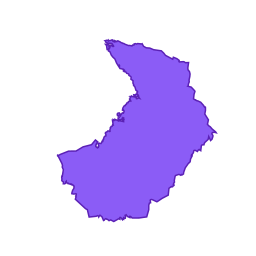 the district of Halden nor, Østfold, Norway, rotated 69°
{"feature_id": "86288312B70342807980905", "entity_name": "Halden nor", "entity_type": "district", "adm_level": 2, "iso_a3": "NOR", "parent_name": "Norway", "parent_adm1": "Østfold", "projection": "equal_earth", "projection_center": [11.486, 59.068], "detail": "fine", "context": "isolated", "style": "filled", "palette": "violet", "viewbox_px": 256, "rotation_deg": 69, "n_neighbors": 0, "source": "geoboundaries", "source_scale": "gbopen_adm2", "svg_char_len": 5877}
<svg xmlns="http://www.w3.org/2000/svg" viewBox="0 0 256 256"><g transform="rotate(69 128 128)"><path d="M164.0,47.4L163.0,47.6L159.1,49.8L156.3,50.8L154.9,51.8L153.0,52.5L149.2,50.0L142.5,51.3L139.4,49.4L136.8,48.4L136.5,48.7L136.1,48.4L135.5,49.2L134.2,49.3L130.0,50.9L127.9,52.9L127.0,54.2L126.1,54.7L126.2,54.9L124.3,56.4L120.1,54.2L117.9,52.4L117.2,52.4L112.5,54.3L110.4,57.2L110.1,56.6L108.5,55.8L106.9,54.3L105.1,53.8L102.2,51.9L99.8,50.7L97.3,50.4L95.2,51.1L93.5,50.7L88.6,48.0L87.6,51.0L86.4,51.8L85.9,52.5L84.7,56.4L84.3,56.6L83.2,56.0L80.8,57.5L78.2,60.3L79.8,61.6L73.6,67.0L70.9,67.8L67.9,69.2L64.1,76.0L61.2,79.0L59.7,82.2L57.3,84.2L54.4,84.6L54.5,85.0L52.6,88.8L52.7,89.9L51.8,91.0L51.8,92.3L52.5,92.4L52.5,93.8L52.2,94.1L52.8,94.9L51.5,96.9L51.2,98.0L48.6,100.9L47.5,101.7L47.2,102.5L46.6,102.8L46.0,103.7L44.9,104.4L43.0,106.2L42.9,106.8L43.3,107.5L42.3,108.5L43.0,108.3L42.8,109.9L42.6,110.1L41.9,110.1L41.6,110.3L41.8,110.7L41.3,111.1L40.2,111.0L40.0,111.7L40.5,111.9L40.2,111.9L39.7,114.8L39.3,114.8L39.7,115.2L38.5,116.0L38.3,118.1L38.6,117.9L39.7,118.1L41.0,117.0L42.0,115.8L42.3,114.5L42.7,114.5L43.2,112.8L44.6,112.4L45.1,112.5L45.0,112.9L45.8,112.1L46.6,112.2L46.6,112.8L45.3,113.6L45.0,115.2L45.8,116.0L46.5,116.1L47.2,117.2L46.8,117.4L45.9,116.4L45.0,116.6L44.0,115.8L43.3,116.5L42.8,116.5L42.5,117.2L42.7,117.4L42.4,117.5L41.8,119.0L43.3,118.5L47.3,119.4L47.9,118.6L47.3,117.8L47.5,117.8L47.9,117.8L49.1,118.6L50.6,117.5L53.8,117.5L56.2,116.8L58.9,115.5L63.3,115.4L66.4,114.8L65.9,114.5L66.4,113.9L66.3,113.6L67.0,113.6L68.0,114.4L69.6,114.2L71.2,111.7L71.7,111.6L71.7,111.1L73.3,110.4L72.7,111.0L72.9,111.3L72.4,111.6L73.1,111.7L73.3,111.4L73.4,111.7L73.9,111.4L73.8,110.9L73.5,110.8L74.4,110.7L74.8,110.0L76.5,109.6L77.5,108.3L78.2,107.9L79.2,108.3L80.9,107.0L81.8,106.9L83.5,107.8L85.6,106.4L87.9,107.3L89.8,107.2L90.1,107.5L92.4,106.8L95.5,107.1L97.2,106.0L97.8,106.2L97.9,106.8L99.3,107.3L101.2,106.6L101.8,106.7L99.8,107.7L99.3,108.3L99.4,109.2L99.9,109.5L99.1,110.7L100.0,110.8L101.5,109.7L102.1,108.8L102.1,107.3L101.4,106.9L101.9,106.8L102.1,107.2L104.4,106.6L103.7,107.4L103.9,108.8L103.5,110.2L103.4,109.6L102.1,109.5L100.1,112.8L99.4,113.1L99.8,113.9L99.6,114.2L99.8,114.2L99.7,114.8L100.0,114.6L100.6,115.0L101.4,115.8L101.5,116.2L102.2,116.3L102.5,115.8L103.8,115.7L103.4,118.1L104.4,118.8L104.2,120.0L104.7,120.7L105.3,120.9L105.5,122.1L106.1,122.5L105.9,122.9L106.1,123.9L107.4,125.5L108.5,126.3L109.2,126.2L109.0,126.5L109.3,126.8L109.6,126.6L109.6,125.8L110.8,125.6L111.6,126.0L111.9,126.8L112.4,127.0L111.9,127.9L112.7,129.2L112.7,129.5L113.4,130.1L113.5,130.5L113.2,130.7L113.6,130.8L112.8,131.2L112.4,130.6L111.8,130.4L110.8,130.7L110.5,132.1L111.1,133.1L112.7,133.4L113.3,132.9L113.1,132.5L114.9,132.4L115.4,133.4L115.2,133.7L116.2,134.1L117.0,133.5L117.7,131.8L117.7,130.6L116.9,129.9L116.4,129.0L117.1,128.5L117.2,129.1L117.6,129.4L118.7,128.8L118.9,129.1L118.7,129.7L118.9,130.0L119.7,129.5L120.5,129.8L118.5,132.8L118.1,133.6L118.1,134.4L117.3,134.9L115.5,136.8L115.8,136.8L116.0,137.3L115.5,138.0L115.8,138.3L114.8,138.9L115.8,139.4L115.4,139.8L118.9,140.5L119.1,141.0L120.0,140.8L120.0,141.5L120.6,142.1L120.5,142.8L120.8,142.9L120.8,143.6L121.3,144.4L122.1,144.5L122.7,145.3L124.7,146.0L124.7,146.4L124.0,146.9L123.5,147.9L124.1,149.0L124.0,149.6L124.4,150.2L124.2,150.6L124.9,151.1L126.5,151.0L127.4,151.6L127.2,151.8L127.7,153.3L129.1,154.6L129.9,154.9L130.4,155.7L130.7,155.7L130.5,155.8L131.0,156.1L130.8,156.2L131.1,157.1L131.8,157.3L132.8,158.8L131.8,160.4L131.9,161.0L132.5,161.5L134.4,161.8L135.0,162.3L135.1,162.7L134.7,162.8L135.3,162.8L135.1,163.1L135.5,163.3L135.6,163.7L133.8,164.7L133.3,164.3L132.8,164.4L131.7,163.5L131.8,163.2L131.3,162.9L131.1,162.3L130.2,161.9L130.4,161.6L130.2,161.2L127.5,162.7L130.5,168.0L129.5,176.7L130.9,184.8L128.3,191.8L128.4,200.9L128.6,201.6L128.6,202.6L128.1,203.4L128.7,203.7L129.9,203.2L137.7,202.4L139.9,202.7L140.8,203.4L143.8,203.3L148.6,206.1L148.7,206.5L149.6,206.7L149.5,207.1L150.0,207.5L152.1,208.0L153.0,208.6L154.0,208.5L155.3,207.6L156.9,208.4L157.4,207.2L157.3,206.1L155.8,205.2L155.6,204.7L156.5,205.0L157.7,204.4L158.0,203.7L158.6,203.8L158.8,203.2L160.0,201.8L159.7,201.3L160.4,200.7L160.9,200.8L161.0,200.2L161.5,200.1L161.8,199.6L162.4,199.6L162.5,199.3L163.4,199.3L165.1,200.3L166.3,202.0L168.4,203.6L169.2,204.0L170.2,202.4L170.7,200.2L171.1,199.9L172.4,200.6L172.8,201.3L173.6,201.1L175.6,202.7L188.2,196.5L189.6,195.2L197.2,196.2L199.0,189.4L198.9,187.8L199.7,187.2L200.6,187.2L199.4,185.8L199.4,185.4L201.7,184.1L205.6,184.0L205.6,183.4L204.8,182.0L204.7,181.1L205.5,180.6L205.9,179.9L207.7,178.9L207.6,177.1L210.2,174.8L209.4,169.3L210.3,168.3L208.9,168.0L208.6,167.4L210.2,166.2L210.7,166.4L211.8,166.0L211.4,165.4L211.6,165.0L210.9,164.6L211.2,164.5L210.7,164.2L211.1,164.1L211.3,162.9L210.4,162.6L210.2,162.2L208.5,162.0L208.5,161.8L208.8,161.6L208.4,160.8L210.3,160.3L211.1,159.6L211.7,158.9L211.3,158.4L212.2,158.2L211.5,157.6L211.5,157.3L213.5,156.4L215.9,150.1L217.7,142.4L211.7,137.9L207.4,136.2L205.8,134.9L205.9,133.7L203.5,133.2L203.0,132.7L203.1,131.8L203.7,130.9L207.2,127.5L207.2,127.0L205.9,121.3L205.1,114.5L199.0,111.4L198.2,108.5L198.8,108.1L198.7,107.2L198.4,107.0L198.1,105.7L197.1,105.9L196.9,105.3L196.0,105.3L195.2,104.0L193.6,103.6L189.9,101.3L189.4,100.5L189.5,97.5L189.7,96.9L191.0,95.7L190.7,95.1L191.0,95.1L191.2,94.3L190.8,92.7L189.3,91.9L185.7,88.8L182.4,83.9L182.5,83.6L181.8,82.1L179.0,80.5L178.4,79.5L177.5,78.8L176.9,79.0L176.5,78.7L177.0,78.2L176.3,77.8L175.6,77.9L175.5,77.3L174.5,75.8L172.9,74.8L172.6,74.2L172.9,73.3L174.8,71.6L173.9,70.5L173.6,69.6L173.9,69.4L173.7,69.1L175.2,68.2L170.9,65.9L170.3,64.9L170.9,63.1L169.8,62.4L169.0,61.4L167.4,57.3L164.9,55.7L169.3,55.4L168.6,53.6L166.4,51.8L165.4,51.4L163.5,51.8L162.5,50.9L163.0,48.8L164.0,47.4Z" fill="#8b5cf6" stroke="#5b21b6" stroke-width="1.5"/></g></svg>